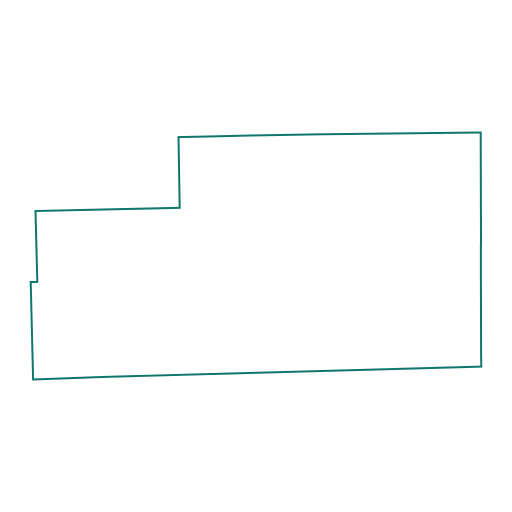 Kankakee, Illinois, United States of America (Equal Earth projection)
{"feature_id": "52423323B31844468450221", "entity_name": "Kankakee", "entity_type": "district", "adm_level": 2, "iso_a3": "USA", "parent_name": "United States of America", "parent_adm1": "Illinois", "projection": "equal_earth", "projection_center": [-87.786, 41.146], "detail": "fine", "context": "isolated", "style": "outline", "palette": "teal", "viewbox_px": 512, "rotation_deg": 0, "n_neighbors": 0, "source": "geoboundaries", "source_scale": "gbopen_adm2", "svg_char_len": 410}
<svg xmlns="http://www.w3.org/2000/svg" viewBox="0 0 512 512"><path d="M33.1,379.5L104.8,376.9L481.3,366.6L481.3,366.4L481.1,354.8L480.9,276.1L480.9,261.3L480.9,253.5L480.9,249.7L480.9,245.2L480.9,244.7L480.9,244.1L481.0,241.6L481.0,239.8L480.7,132.5L320.7,134.3L250.8,135.5L213.1,136.4L178.5,137.1L179.7,207.8L35.5,211.0L37.3,281.9L30.7,282.0L33.1,379.5Z" fill="none" stroke="#0f766e" stroke-width="2"/></svg>